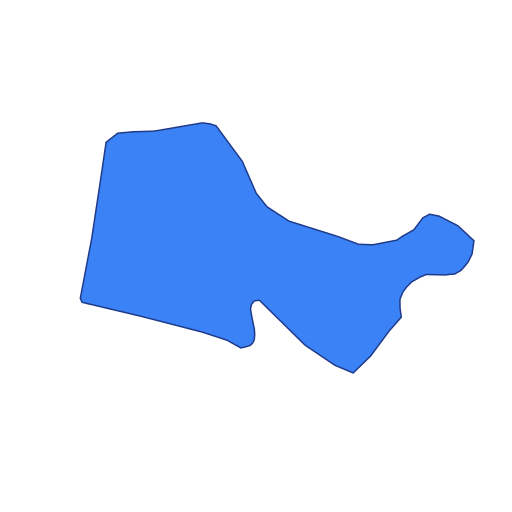 San Francisco La Unión, Quezaltenango, Guatemala, rotated 210°
{"feature_id": "79465075B13739271835933", "entity_name": "San Francisco La Unión", "entity_type": "district", "adm_level": 2, "iso_a3": "GTM", "parent_name": "Guatemala", "parent_adm1": "Quezaltenango", "projection": "mercator", "projection_center": [-91.556, 14.925], "detail": "fine", "context": "isolated", "style": "filled", "palette": "blue", "viewbox_px": 512, "rotation_deg": 210, "n_neighbors": 0, "source": "geoboundaries", "source_scale": "gbopen_adm2", "svg_char_len": 927}
<svg xmlns="http://www.w3.org/2000/svg" viewBox="0 0 512 512"><g transform="rotate(210 256 256)"><path d="M99.6,275.7L105.0,282.6L109.7,290.4L110.8,298.4L110.0,304.7L108.3,311.3L103.9,319.0L99.3,325.1L82.7,334.2L79.0,337.0L75.0,339.7L71.3,346.0L70.3,350.5L69.3,356.8L69.9,365.8L74.9,378.2L96.2,383.1L117.4,382.1L126.5,379.0L130.6,372.4L132.4,357.7L138.8,346.8L142.1,340.0L160.5,324.1L173.1,317.4L193.9,314.0L244.8,302.7L271.0,304.1L287.1,310.4L315.2,331.1L355.7,348.8L362.0,347.4L369.1,344.4L406.8,313.1L424.4,302.2L437.1,293.3L442.7,279.6L430.2,248.1L407.1,189.2L401.1,171.9L396.7,159.3L387.0,131.5L383.5,128.9L325.7,146.2L264.5,163.2L238.9,168.6L223.2,168.8L219.4,172.3L216.2,175.8L215.4,179.0L215.6,182.5L217.7,187.1L220.9,191.9L229.1,201.1L234.3,207.4L235.7,211.8L235.1,216.1L231.0,219.4L168.8,203.3L132.9,200.8L113.4,203.3L106.7,226.8L103.2,257.6L99.6,275.7Z" fill="#3b82f6" stroke="#1e3a8a" stroke-width="1.5"/></g></svg>